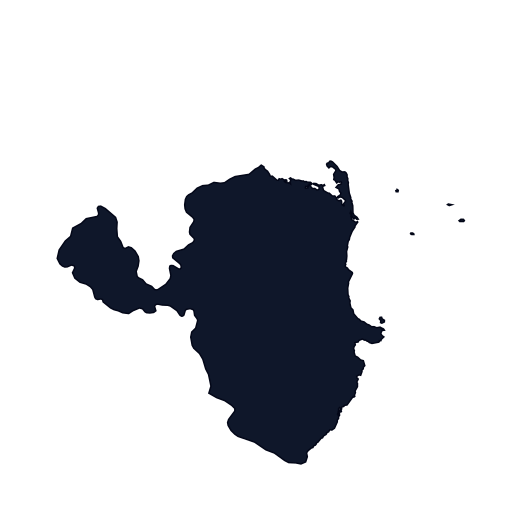 the district of San Fernando de Monte Cristi, Monte Cristi, Dominican Republic, rotated 126°
{"feature_id": "3306468B8968248816263", "entity_name": "San Fernando de Monte Cristi", "entity_type": "district", "adm_level": 2, "iso_a3": "DOM", "parent_name": "Dominican Republic", "parent_adm1": "Monte Cristi", "projection": "natural_earth1", "projection_center": [-71.673, 19.756], "detail": "fine", "context": "isolated", "style": "filled", "palette": "ink", "viewbox_px": 512, "rotation_deg": 126, "n_neighbors": 0, "source": "geoboundaries", "source_scale": "gbopen_adm2", "svg_char_len": 6120}
<svg xmlns="http://www.w3.org/2000/svg" viewBox="0 0 512 512"><g transform="rotate(126 256 256)"><path d="M377.6,410.0L377.9,406.8L377.3,404.2L375.7,402.3L371.8,400.0L370.8,397.3L372.2,395.6L377.4,394.6L380.4,389.5L380.7,383.0L378.5,376.8L378.2,371.9L379.0,368.4L384.0,362.3L384.8,360.6L384.3,358.5L382.2,356.6L381.6,355.3L381.7,354.2L383.0,352.7L383.5,343.2L382.9,339.4L381.3,335.2L380.3,330.5L377.4,325.2L372.6,323.4L366.5,319.7L365.4,316.7L366.4,313.0L366.2,311.2L364.5,308.4L361.8,305.6L359.2,304.8L356.5,308.3L355.5,308.7L354.0,308.4L352.7,307.2L350.8,303.1L347.7,298.4L346.8,295.9L346.7,287.8L348.6,282.7L348.5,280.9L347.7,280.0L346.2,279.6L341.7,281.2L340.1,281.0L337.3,278.4L336.3,275.3L337.1,273.7L340.1,270.8L341.4,266.7L342.4,265.3L349.8,262.4L355.3,263.3L360.0,261.1L365.7,255.2L367.2,252.1L368.1,244.4L370.7,238.4L376.9,230.3L379.7,224.8L387.8,215.9L394.7,213.5L393.7,204.5L391.4,196.3L391.1,187.9L391.8,183.5L393.9,182.0L404.3,182.1L407.4,181.1L409.5,178.9L411.8,173.6L412.6,168.4L412.5,164.5L407.4,147.7L407.0,134.1L404.6,125.3L404.6,112.7L403.9,108.1L400.0,102.2L397.8,97.4L393.4,94.8L388.2,96.5L385.5,99.4L382.8,99.4L378.6,98.3L377.6,97.4L375.4,97.7L374.1,96.8L372.6,96.8L371.9,97.4L370.4,96.5L365.2,96.2L364.0,95.3L361.8,95.6L359.3,94.5L358.1,94.5L357.6,95.1L355.6,93.9L353.2,94.2L352.2,92.3L349.2,91.3L342.5,92.7L340.6,93.9L339.1,93.6L337.4,94.8L335.9,94.7L334.4,95.9L334.4,96.8L336.4,96.2L336.1,97.1L332.2,98.5L331.2,99.4L329.5,99.4L329.5,98.6L330.2,97.6L333.4,97.6L333.4,96.8L332.2,95.6L331.4,95.6L330.7,96.8L329.3,96.8L328.7,97.7L327.7,97.7L326.0,96.5L325.0,96.8L323.0,94.8L312.9,94.8L312.7,93.9L311.4,93.6L310.9,94.5L308.0,95.3L307.0,96.5L302.1,97.1L299.3,99.1L298.9,100.4L295.7,100.9L295.2,101.5L295.4,102.7L294.2,103.8L291.7,102.9L291.0,101.2L287.2,102.3L286.3,103.2L284.3,102.9L282.6,103.8L280.8,103.5L277.6,107.6L278.6,110.3L278.1,114.3L278.6,117.0L276.1,120.2L274.7,120.8L273.7,122.5L271.7,123.4L269.5,123.4L268.0,125.2L265.5,122.8L263.8,123.1L260.6,121.1L260.4,119.0L259.6,117.9L259.6,115.8L259.1,115.2L259.4,113.5L258.6,110.8L253.7,106.2L252.9,105.9L252.0,106.5L251.2,105.2L249.5,105.6L246.3,105.0L246.3,107.3L245.3,109.6L242.1,110.2L240.6,108.5L240.1,109.7L240.1,110.8L240.9,111.1L240.9,111.9L240.4,111.7L240.6,113.8L243.1,116.2L243.8,119.0L245.3,121.0L245.3,124.0L246.0,126.3L245.8,129.8L247.0,133.0L246.5,135.1L246.8,136.8L245.3,143.0L242.6,145.9L242.1,148.8L238.9,152.4L236.9,153.5L235.4,156.4L234.2,157.0L233.2,158.8L228.1,162.9L223.4,165.2L222.8,166.0L213.5,167.6L212.7,168.4L212.7,173.1L212.0,174.9L212.2,177.2L211.5,178.1L210.0,178.4L209.5,179.5L206.9,179.8L206.3,180.8L205.6,180.7L202.6,182.5L199.1,185.4L194.7,187.1L194.2,188.0L189.8,190.1L188.0,190.1L185.8,191.2L179.6,192.7L174.2,193.0L173.7,193.6L168.8,193.6L168.5,194.2L169.8,194.7L170.2,195.6L170.3,200.3L168.8,201.5L168.3,202.6L167.3,202.6L166.1,205.0L164.1,205.6L165.3,203.5L167.3,202.3L167.3,201.2L168.0,200.9L168.5,199.4L168.5,198.5L167.8,198.5L167.5,199.1L166.6,198.8L167.1,196.2L166.1,195.0L165.3,197.1L165.3,200.6L164.1,202.9L158.4,207.3L155.9,210.5L155.2,210.5L154.2,212.9L153.0,213.7L150.3,217.5L143.7,223.7L142.4,224.3L140.9,226.3L139.4,227.2L138.4,228.9L136.7,230.1L135.7,232.2L135.7,233.6L137.4,235.7L137.7,238.6L135.9,243.0L134.9,249.4L135.2,251.2L135.9,252.0L138.2,252.0L138.9,252.9L140.2,252.9L141.4,251.4L141.9,248.8L140.2,248.5L138.9,246.8L139.1,242.4L140.1,241.5L144.3,241.2L146.6,238.9L148.5,238.0L148.3,236.8L149.5,233.6L147.8,233.3L147.3,231.9L146.1,231.0L146.3,230.1L148.0,229.5L150.0,231.3L153.5,231.6L153.0,228.4L154.7,226.3L155.2,224.3L156.9,223.7L159.9,224.8L161.1,224.6L160.9,223.7L158.9,222.8L157.9,220.8L158.4,216.4L159.1,215.8L162.6,215.8L163.3,214.3L163.8,214.3L164.1,216.1L163.6,217.2L161.3,219.0L160.9,220.2L162.6,221.3L162.9,224.2L161.9,224.8L161.1,227.5L162.6,229.5L162.1,233.6L162.8,234.8L163.3,239.8L161.1,242.7L159.9,242.7L158.6,241.8L158.1,242.7L159.6,243.3L159.9,245.0L161.8,246.8L162.1,250.0L163.3,252.0L164.1,252.0L164.1,251.4L162.8,245.9L164.9,244.1L166.8,245.3L166.8,248.2L168.1,249.7L168.0,251.5L167.0,254.1L168.5,254.7L170.5,254.0L172.0,255.5L172.0,256.1L170.5,256.7L169.8,255.5L166.3,255.2L165.6,254.4L165.6,253.2L164.5,253.2L164.3,255.2L166.1,257.9L166.3,259.3L167.3,260.2L167.5,262.0L168.2,262.6L169.5,266.1L171.5,268.4L172.0,271.3L172.5,271.6L172.5,274.0L173.7,274.5L173.9,273.1L174.7,272.1L175.7,272.2L177.4,270.4L177.4,272.5L177.9,272.7L179.1,275.4L178.9,276.9L178.1,276.6L177.3,275.1L176.7,275.7L176.7,276.5L177.9,277.8L178.1,280.4L179.2,280.9L179.9,282.7L181.6,282.4L182.4,283.6L181.8,289.7L182.8,290.9L182.8,292.1L182.1,292.7L180.6,296.5L180.6,299.4L180.1,301.1L179.2,302.0L179.4,305.2L182.9,306.0L186.1,307.7L194.0,309.6L204.0,319.6L209.3,322.4L215.2,324.5L218.1,327.6L221.2,333.3L226.7,336.2L230.4,340.5L235.7,343.5L242.5,344.7L246.2,346.5L248.7,347.0L251.7,346.4L256.5,343.8L259.5,341.1L261.4,338.0L261.9,329.9L262.8,327.4L265.0,326.5L271.6,326.2L275.7,323.9L277.2,322.2L278.2,316.3L279.5,315.1L282.3,315.0L286.6,317.1L292.7,318.3L299.1,323.2L302.4,324.0L305.0,323.6L306.4,322.3L307.0,313.0L307.7,311.1L309.4,309.6L311.1,309.8L311.9,310.7L312.5,317.4L313.6,319.2L314.8,319.8L316.8,318.8L321.8,313.4L324.7,312.1L331.8,312.3L340.8,315.6L342.1,316.8L342.7,318.3L341.9,322.6L343.2,328.5L341.9,333.8L342.7,338.3L342.4,340.1L338.9,343.9L333.5,345.4L328.7,347.9L325.7,350.9L323.1,356.8L322.6,361.7L323.6,364.6L326.9,366.3L327.3,368.5L323.7,374.1L321.9,379.5L315.6,384.8L310.2,388.3L307.3,392.3L306.2,405.8L306.9,410.9L308.5,412.6L310.6,412.5L313.9,408.4L315.5,407.6L317.3,407.7L325.6,415.3L332.4,416.5L341.2,420.7L349.1,417.5L355.9,419.1L366.8,418.8L374.8,415.4L377.6,410.0ZM236.4,114.7L233.9,113.4L232.5,114.3L232.7,117.0L231.7,118.4L232.7,119.6L234.4,119.3L234.9,117.0L236.7,116.1L236.4,114.7ZM106.1,108.3L104.9,108.2L104.4,109.7L105.8,111.8L108.1,112.5L108.3,111.4L106.1,108.3ZM101.6,129.3L99.4,127.7L100.9,131.0L101.9,131.3L101.6,129.3ZM120.6,178.9L119.2,179.5L119.2,181.0L119.9,180.7L120.9,181.3L121.6,180.4L120.6,178.9ZM145.8,140.9L145.4,141.2L145.3,142.7L146.3,144.2L147.1,144.1L147.3,143.0L145.8,140.9Z" fill="#0f172a" stroke="#020617" stroke-width="1.5"/></g></svg>